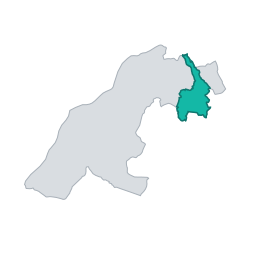 Niari highlighted on a map of Republic of the Congo, rotated 199°
{"feature_id": "COG-3345", "entity_name": "Niari", "entity_type": "Region", "adm_level": 1, "iso_a3": "COG", "parent_name": "Republic of the Congo", "parent_adm1": "", "projection": "albers", "projection_center": [12.665, -3.355], "detail": "fine", "context": "in_parent", "style": "filled", "palette": "teal", "viewbox_px": 256, "rotation_deg": 199, "n_neighbors": 0, "source": "natural_earth", "source_scale": "10m", "svg_char_len": 8062}
<svg xmlns="http://www.w3.org/2000/svg" viewBox="0 0 256 256"><g transform="rotate(199 128 128)"><path d="M48.4,196.7L49.7,193.4L50.6,191.9L51.7,190.9L56.3,188.3L57.0,188.4L60.1,191.7L61.1,192.0L62.3,191.9L63.6,192.0L64.2,191.4L64.3,190.5L63.4,189.6L63.2,188.5L63.9,187.4L64.3,186.2L65.3,184.7L65.4,184.0L64.3,183.3L62.2,182.1L60.8,181.0L60.2,180.0L60.6,178.6L61.8,177.5L61.7,176.9L60.7,175.9L59.9,174.9L59.1,174.2L57.0,173.8L57.4,172.4L58.2,170.3L58.4,168.7L57.8,164.5L57.8,163.8L58.4,163.4L59.7,163.8L61.0,164.5L64.5,163.5L65.7,163.4L66.7,164.2L68.1,164.8L76.2,163.1L76.4,161.3L76.8,159.7L76.9,158.5L76.5,157.7L76.1,157.1L75.9,155.9L75.9,154.6L76.7,154.0L79.2,152.4L80.1,152.5L81.9,153.3L83.5,154.7L85.0,157.4L86.1,159.8L87.7,162.7L91.3,163.9L95.5,164.7L97.8,164.5L101.0,162.0L102.8,160.1L103.4,159.0L104.5,159.6L105.7,162.1L106.5,163.1L106.7,164.0L106.1,165.2L106.7,166.0L108.9,166.5L110.9,166.0L111.8,165.0L113.3,163.6L113.3,162.5L112.5,161.7L112.5,160.7L113.3,159.9L114.2,157.8L114.4,156.2L115.2,155.1L116.7,154.4L117.2,153.8L118.1,150.0L117.6,148.7L117.6,147.5L118.6,146.1L118.7,143.7L117.8,134.4L119.3,126.9L119.2,125.9L118.1,124.8L116.8,123.7L113.5,122.8L112.3,121.5L111.3,120.0L110.6,119.5L107.0,118.9L106.2,118.1L106.5,115.7L106.8,112.2L106.7,109.8L107.3,107.8L108.1,106.3L109.7,104.8L110.5,102.9L111.0,102.5L114.1,102.2L115.2,101.4L116.0,100.6L116.4,99.6L117.5,97.8L118.4,96.7L118.5,95.9L118.3,94.8L117.4,92.6L116.3,90.8L115.6,90.1L114.3,85.9L113.0,84.9L110.6,84.3L106.0,83.8L103.3,84.6L99.1,86.0L93.8,87.6L92.5,87.4L92.0,86.8L92.8,86.2L93.2,84.9L92.7,83.1L91.9,81.4L91.4,79.0L91.6,76.0L92.4,73.2L94.1,69.6L94.2,68.1L104.4,68.2L115.3,68.2L119.5,68.3L121.5,67.4L123.4,68.8L124.4,69.1L124.7,69.0L125.4,70.0L127.8,69.9L128.2,70.1L128.4,71.3L130.6,71.3L131.7,71.6L132.6,71.6L133.9,70.9L134.8,71.1L136.5,72.0L137.6,72.8L139.3,72.5L143.2,72.7L146.2,73.4L149.2,75.5L151.2,76.7L152.9,78.5L153.6,78.2L154.6,77.5L154.6,76.0L153.6,73.4L153.2,71.2L153.4,69.4L154.2,68.1L155.5,67.4L155.6,66.0L161.7,54.2L161.5,52.8L161.7,50.8L162.0,48.5L161.9,47.2L162.3,46.2L163.9,40.9L164.8,40.0L166.1,39.4L168.1,39.4L173.2,39.0L177.9,38.1L179.5,37.7L182.4,36.3L183.6,36.3L184.6,36.8L190.3,38.5L191.8,39.1L192.4,39.0L193.3,39.2L194.6,39.2L195.9,39.0L196.8,39.2L197.8,40.3L198.5,40.2L199.4,39.4L201.2,38.6L204.5,37.7L205.0,38.1L206.2,40.1L207.4,40.8L207.6,44.5L204.8,52.4L198.8,63.1L195.7,71.6L195.7,77.8L195.4,81.7L194.4,84.0L192.0,90.5L191.6,96.0L192.4,102.7L191.6,109.1L189.2,115.2L188.1,119.9L188.7,125.7L184.2,130.4L178.6,135.2L174.9,136.5L172.1,138.1L170.1,139.9L168.0,143.1L164.6,149.9L162.9,152.9L160.6,155.4L157.2,158.5L156.0,160.0L155.4,162.1L155.7,166.1L155.9,178.1L154.4,187.2L151.1,193.6L148.6,197.2L146.1,198.3L142.8,199.2L141.3,200.4L140.3,202.2L138.5,203.7L135.8,205.0L132.4,208.3L128.3,213.4L125.4,216.4L123.9,217.2L122.4,217.2L120.8,216.6L119.4,216.5L118.7,216.8L117.7,216.1L117.7,214.9L117.5,212.9L116.7,210.9L118.5,208.0L118.4,207.4L117.5,206.3L116.6,204.8L115.7,204.9L113.8,206.1L111.8,206.9L110.0,207.3L107.8,208.7L106.5,208.7L105.8,208.2L104.3,207.7L103.5,207.8L103.0,208.1L102.7,211.6L102.4,213.0L101.8,213.7L99.5,214.5L98.0,215.5L96.7,216.2L95.8,216.0L92.5,213.4L90.8,211.3L89.7,211.2L89.4,211.9L88.9,211.6L87.3,210.1L85.4,207.9L84.7,207.5L83.6,207.6L82.0,208.4L80.3,209.7L77.4,210.9L74.9,211.6L74.7,212.4L74.1,213.8L73.3,214.7L71.1,214.9L70.3,216.2L68.4,218.6L67.2,219.7L66.9,219.3L66.1,218.7L64.5,216.8L63.0,214.5L62.6,213.4L62.2,212.8L62.1,210.4L59.8,207.7L54.0,202.7L53.4,201.2L48.4,196.7Z" fill="#d9dde1" stroke="#a8b0b8" stroke-width="1"/><path d="M96.2,217.2L95.7,216.3L95.6,215.5L95.5,215.3L95.3,215.1L95.0,214.9L93.7,214.5L93.3,214.2L92.3,213.3L91.7,213.0L91.5,212.8L91.3,212.1L90.9,211.5L90.7,211.2L90.3,210.7L89.8,210.7L89.4,211.2L89.5,211.9L88.5,211.4L87.1,209.8L86.3,209.1L85.8,208.6L85.5,207.6L85.2,207.2L84.8,207.0L84.6,207.0L84.3,207.1L84.0,207.2L83.7,207.1L83.3,206.9L83.2,206.7L82.7,206.1L82.2,205.8L82.0,205.7L81.7,205.5L81.3,205.4L79.9,205.5L79.6,205.5L79.5,205.4L79.3,205.2L78.5,204.2L78.4,203.9L78.3,203.7L78.3,203.4L78.5,202.4L78.5,202.2L78.4,202.1L78.3,201.9L78.1,201.5L76.3,199.5L76.1,199.3L75.9,199.2L75.2,199.1L75.0,198.8L75.0,198.7L75.0,198.4L74.9,198.3L74.7,198.2L74.2,198.1L73.9,198.0L73.5,198.0L73.0,197.8L72.5,197.7L71.8,197.5L71.4,197.4L71.2,197.2L71.2,196.9L71.1,196.7L70.7,196.5L70.3,196.3L69.7,196.0L69.0,196.0L68.8,195.9L68.1,195.6L65.3,193.6L64.6,193.3L64.2,193.2L63.8,193.0L63.4,192.3L63.8,192.2L64.2,191.8L64.6,191.4L64.8,190.9L64.6,190.5L64.2,190.2L63.7,190.1L63.3,189.8L63.1,189.4L63.1,188.9L64.3,186.0L64.6,185.5L65.5,184.8L65.8,184.4L65.6,183.7L64.8,183.3L63.8,183.0L63.0,182.7L62.2,182.0L61.7,181.7L60.5,181.2L60.3,181.1L60.2,180.9L60.2,180.7L60.2,179.2L60.3,178.9L60.6,178.3L60.8,178.2L61.1,178.2L61.6,178.2L62.1,177.9L62.1,177.4L61.8,176.9L60.2,175.2L59.4,174.1L59.1,173.8L58.7,173.6L58.1,173.8L57.2,174.4L56.8,174.5L56.7,174.0L56.9,173.2L57.0,173.0L58.5,170.5L58.7,170.0L58.8,169.5L58.8,169.1L58.7,168.5L58.5,168.1L58.0,167.2L57.8,166.8L57.8,166.4L57.9,165.2L57.9,164.7L57.4,163.5L57.6,163.1L58.4,163.1L59.5,163.4L59.8,163.6L60.0,163.9L60.1,164.1L60.9,164.7L61.2,164.9L61.6,164.9L62.0,164.7L62.7,164.0L63.1,163.8L63.9,163.7L64.8,163.4L65.5,163.1L66.1,163.5L66.8,164.4L67.4,164.8L68.1,164.9L76.5,163.1L76.2,162.6L76.4,161.9L76.7,161.2L76.8,160.6L76.7,159.7L76.7,159.4L76.9,159.1L77.2,158.5L77.3,158.1L76.5,157.7L76.1,157.1L75.9,156.2L75.7,153.9L75.8,153.6L76.0,153.7L76.3,154.0L76.7,154.4L77.1,154.5L77.3,154.4L77.4,154.1L77.4,153.9L77.5,153.7L77.7,153.3L77.8,153.2L78.9,152.5L79.1,152.4L80.1,152.4L81.0,152.8L82.4,153.8L82.5,153.9L83.4,154.1L83.8,154.4L84.0,154.9L84.5,156.4L84.7,156.9L84.8,157.0L85.1,157.4L85.2,157.5L85.3,158.0L85.3,158.3L85.7,158.4L85.7,158.5L85.6,158.8L85.4,159.1L85.5,159.2L85.8,159.5L85.9,159.9L86.0,160.2L86.3,160.2L86.8,160.0L87.0,160.1L87.3,160.8L87.5,161.0L87.7,161.6L87.7,161.8L87.9,161.9L88.0,161.9L88.1,162.0L88.0,162.4L87.8,162.6L87.8,162.8L87.8,163.0L87.7,163.1L87.6,163.3L87.5,163.5L87.3,163.7L87.2,163.9L87.3,164.0L87.5,164.0L87.8,163.7L87.9,163.9L88.1,164.0L88.3,164.0L88.5,163.9L88.8,163.9L89.0,164.1L89.0,164.3L88.8,165.3L88.7,168.9L89.0,171.9L89.0,172.2L89.5,173.2L89.5,173.4L89.5,173.5L89.3,173.6L88.9,173.6L88.5,173.9L88.3,174.0L88.0,174.1L87.9,174.2L87.9,174.3L87.9,174.5L88.1,174.9L88.2,175.2L88.2,175.4L88.3,175.5L88.9,175.7L89.2,175.7L89.4,175.8L90.3,176.6L90.5,176.7L90.6,176.9L90.7,177.0L90.6,177.3L90.4,178.0L90.1,179.0L90.2,180.2L90.1,180.5L89.9,180.8L89.2,181.5L88.6,181.8L88.4,182.0L88.2,182.2L87.9,182.4L87.7,182.4L87.1,182.6L86.9,182.6L86.5,182.6L86.4,182.5L86.3,183.3L86.2,183.5L85.9,183.5L85.8,183.3L85.7,183.3L85.2,183.6L84.9,183.7L84.5,183.5L84.4,183.4L84.1,183.4L83.9,183.5L83.5,183.7L83.4,183.7L83.1,183.7L82.5,183.6L82.2,183.6L81.9,183.7L81.5,183.9L81.3,184.1L81.2,184.1L81.0,184.3L80.9,184.4L80.7,185.4L80.6,185.7L80.5,185.8L80.4,185.9L79.9,185.9L79.7,186.0L79.5,186.3L79.8,186.6L79.6,186.8L79.6,187.0L79.9,187.0L80.0,187.1L80.1,187.5L80.4,187.7L80.6,187.7L80.7,187.8L80.7,188.5L80.1,188.9L79.9,189.2L79.9,189.3L79.8,189.5L79.8,190.1L80.1,191.2L80.3,191.7L80.3,191.9L80.1,192.3L80.1,192.6L80.1,192.8L80.4,193.3L80.3,193.5L80.2,193.6L79.9,193.7L79.8,193.9L79.7,194.1L79.6,194.4L79.6,194.6L80.4,195.1L80.7,195.3L80.9,195.5L81.3,196.1L82.1,197.4L83.2,198.7L83.4,198.9L84.3,199.6L84.8,200.1L85.0,200.4L85.4,201.2L86.2,202.3L87.7,205.2L87.9,205.5L88.0,205.5L88.3,205.6L88.5,205.8L88.8,206.2L89.1,206.4L89.3,206.5L89.6,206.4L89.9,206.5L90.1,206.5L90.3,206.5L90.4,206.4L90.6,206.5L90.9,206.6L91.0,206.7L91.3,206.6L91.5,206.6L91.8,206.8L92.0,206.8L92.3,206.9L92.6,207.0L93.0,207.0L93.3,207.2L93.7,207.6L94.6,208.9L94.8,209.2L94.9,209.5L95.1,209.8L95.3,210.2L95.6,210.5L95.8,210.7L95.9,210.9L96.0,211.0L96.0,211.4L96.1,211.6L96.2,211.8L96.3,211.9L96.7,211.9L96.8,212.0L98.4,213.1L99.2,213.5L99.6,213.7L99.8,213.9L99.9,214.0L100.0,214.2L100.0,214.3L100.1,215.0L99.9,215.1L99.7,215.0L99.3,214.6L99.0,214.4L98.8,214.5L98.1,214.9L98.3,215.1L98.3,215.4L98.1,215.5L97.0,216.3L96.4,217.0L96.2,217.2Z" fill="#14b8a6" stroke="#0f766e" stroke-width="1.5"/></g></svg>